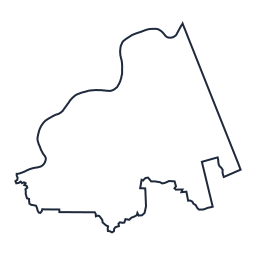 outline of Libertador General San Martín, Misiones, Argentina
{"feature_id": "61730980B51540012847440", "entity_name": "Libertador General San Martín", "entity_type": "district", "adm_level": 2, "iso_a3": "ARG", "parent_name": "Argentina", "parent_adm1": "Misiones", "projection": "orthographic", "projection_center": [-54.98, -26.87], "detail": "fine", "context": "isolated", "style": "outline", "palette": "slate", "viewbox_px": 256, "rotation_deg": 0, "n_neighbors": 0, "source": "geoboundaries", "source_scale": "gbopen_adm2", "svg_char_len": 4217}
<svg xmlns="http://www.w3.org/2000/svg" viewBox="0 0 256 256"><path d="M182.6,23.6L182.3,24.2L181.1,25.8L180.6,27.0L180.2,27.4L179.7,28.5L179.4,28.9L179.2,29.4L178.7,30.3L178.6,30.5L177.2,33.1L176.4,34.7L176.0,35.1L175.3,35.8L174.6,36.3L173.7,36.8L172.9,37.3L171.8,37.5L171.3,37.6L170.7,37.7L169.2,37.6L168.5,37.6L167.9,37.4L167.2,37.2L166.4,36.6L165.6,36.0L165.1,35.4L164.9,35.1L162.8,32.6L161.2,31.1L158.5,29.4L157.4,29.1L155.8,28.8L153.4,28.9L151.1,28.9L148.5,29.2L146.7,29.7L145.2,30.2L142.3,31.3L141.0,31.8L138.5,32.6L136.1,33.4L133.4,34.5L132.3,34.9L131.5,35.4L129.3,36.8L127.1,38.2L124.9,39.8L123.0,41.4L122.2,42.6L121.7,43.9L121.2,45.0L120.7,46.2L120.5,47.6L120.3,49.3L120.1,51.5L120.3,53.9L120.3,54.9L120.6,56.2L120.7,56.8L120.9,57.7L121.4,59.6L121.7,60.8L122.0,63.3L122.0,64.2L122.1,64.8L122.2,65.8L122.1,69.0L122.1,73.8L121.5,76.3L121.4,76.6L121.3,77.6L121.0,78.6L120.7,79.5L120.5,80.3L120.3,80.9L120.0,81.7L119.7,82.4L119.4,82.9L119.2,83.5L118.8,84.3L118.2,85.1L117.7,86.1L117.2,87.0L114.9,88.9L113.1,90.1L112.0,90.4L111.2,90.7L110.4,90.9L109.1,90.9L106.0,90.7L104.8,90.5L103.8,90.4L103.0,90.4L102.8,90.4L101.7,90.2L100.8,90.1L99.7,90.1L98.4,90.1L97.4,90.1L96.2,90.0L95.0,90.1L93.7,90.2L92.5,90.3L91.6,90.4L90.3,90.5L89.3,90.6L88.2,90.8L87.2,91.2L86.2,91.4L85.2,91.7L84.7,91.9L82.4,92.4L80.9,92.9L80.7,93.0L78.0,94.0L75.6,95.1L74.4,96.2L74.1,96.4L73.0,97.3L72.3,98.0L71.5,98.8L70.8,99.7L69.8,100.7L69.3,101.7L68.4,103.0L67.8,103.7L67.3,104.4L67.2,104.5L67.0,104.9L65.1,107.5L64.5,108.3L63.6,109.5L62.8,110.8L62.5,111.0L60.9,112.5L59.8,113.1L58.6,113.9L55.8,114.7L54.3,115.4L52.8,116.2L52.2,116.5L51.5,116.9L50.6,117.5L49.3,118.1L48.7,118.5L47.3,119.4L45.9,120.3L44.1,122.0L43.4,122.8L41.9,124.9L41.1,126.1L40.6,127.1L40.1,128.2L39.6,129.3L39.4,129.9L38.8,131.8L38.5,133.2L38.1,134.6L37.9,135.9L37.6,137.1L37.5,138.2L37.5,139.8L37.8,141.1L37.9,141.3L38.5,143.5L38.8,144.4L39.4,145.7L40.0,147.0L40.4,148.3L40.8,149.3L41.0,149.8L41.9,151.5L42.5,152.7L43.1,153.8L43.9,154.8L44.7,155.9L45.4,157.0L45.6,157.8L45.8,158.2L45.8,159.4L45.7,160.0L45.4,160.8L45.0,162.1L44.2,163.6L42.7,165.2L41.2,166.3L40.1,166.7L38.5,167.1L37.2,167.5L35.7,167.6L33.9,168.0L32.8,168.2L31.1,168.7L29.5,169.2L28.5,169.7L27.0,170.3L25.4,171.2L24.0,171.8L22.0,172.6L19.7,173.4L19.1,173.5L17.6,173.9L16.7,173.9L16.7,175.3L16.7,175.7L17.6,177.6L17.5,178.5L17.3,179.8L16.3,180.5L15.4,181.2L16.3,183.3L17.7,183.1L18.7,182.9L20.7,181.6L22.0,183.2L24.0,182.3L25.6,183.2L24.3,185.1L26.6,185.8L27.3,187.7L26.5,188.4L25.5,189.1L25.6,190.1L25.7,190.9L25.8,191.5L25.7,193.9L26.0,195.0L26.2,195.6L26.3,196.1L27.0,198.3L29.1,199.0L29.1,201.4L29.5,203.8L31.4,204.9L33.8,205.2L36.1,205.8L37.0,208.1L37.6,210.5L38.8,212.6L40.3,212.9L41.6,211.5L42.3,209.2L44.6,209.4L59.1,209.5L59.3,209.5L59.4,212.1L94.8,212.3L95.7,213.9L95.9,216.3L97.9,215.6L99.4,216.1L100.9,218.0L102.3,220.0L102.5,221.6L102.6,222.4L104.2,223.8L105.9,225.3L106.3,225.5L108.1,226.3L108.0,227.0L107.8,227.9L107.7,228.6L107.9,231.0L109.4,231.2L110.1,231.3L112.0,232.4L113.9,231.2L114.2,228.8L115.4,227.2L117.2,226.6L117.6,226.5L118.9,226.2L118.5,223.7L119.9,222.3L122.2,222.8L124.3,222.6L125.5,219.1L129.2,219.8L131.4,217.7L134.7,216.4L136.8,215.2L137.4,213.0L138.6,215.4L138.7,215.6L139.1,215.5L142.0,215.3L144.6,212.9L146.0,206.3L145.4,191.0L145.3,190.3L145.3,189.7L145.2,188.4L143.3,188.3L142.6,188.3L140.2,188.2L141.6,179.8L143.1,180.5L144.1,179.3L145.5,178.0L148.0,177.6L149.3,179.1L151.1,181.4L152.0,181.4L152.7,181.4L155.2,181.4L157.4,181.8L157.6,181.8L160.0,182.2L162.2,183.4L164.5,183.0L166.8,182.1L169.0,181.0L174.6,181.4L175.5,184.7L176.0,186.3L174.5,188.3L175.7,189.5L175.8,189.6L182.5,189.5L181.4,192.2L186.4,191.7L186.8,193.8L188.1,200.7L189.1,200.6L190.4,200.6L192.4,201.7L193.4,203.7L195.6,205.0L197.3,208.0L199.0,209.6L203.3,209.5L205.6,208.7L207.9,207.8L210.3,207.3L211.4,207.1L212.7,206.7L202.5,164.5L201.9,161.8L217.6,157.4L218.1,159.2L218.3,161.7L218.6,164.1L219.6,166.3L221.4,167.9L222.7,169.9L222.5,172.3L223.0,174.7L223.8,177.0L238.2,170.7L240.6,169.7L239.9,167.9L238.6,164.4L212.5,98.9L194.6,53.8L192.6,48.7L189.5,41.0L189.3,40.4L188.7,39.0L186.6,33.6L185.7,31.3L185.5,30.8L183.2,25.2L182.7,23.9L182.6,23.6Z" fill="none" stroke="#1e293b" stroke-width="2"/></svg>